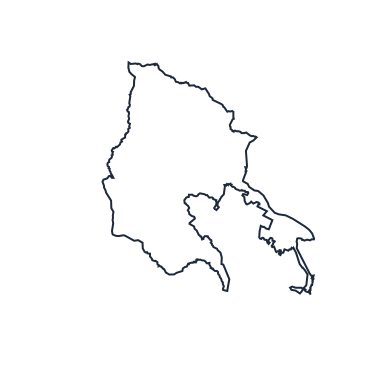 outline of Caloto, Cauca, Colombia, rotated 154°
{"feature_id": "7082276B98035381809124", "entity_name": "Caloto", "entity_type": "district", "adm_level": 2, "iso_a3": "COL", "parent_name": "Colombia", "parent_adm1": "Cauca", "projection": "albers", "projection_center": [-76.384, 3.067], "detail": "fine", "context": "isolated", "style": "outline", "palette": "slate", "viewbox_px": 384, "rotation_deg": 154, "n_neighbors": 0, "source": "geoboundaries", "source_scale": "gbopen_adm2", "svg_char_len": 6090}
<svg xmlns="http://www.w3.org/2000/svg" viewBox="0 0 384 384"><g transform="rotate(154 192 192)"><path d="M133.4,52.9L130.6,50.1L130.3,47.8L130.2,50.0L131.0,51.2L130.5,51.6L129.7,50.6L129.3,51.7L128.6,51.7L128.2,52.5L128.5,52.8L127.8,53.1L127.5,54.4L126.5,54.8L125.4,56.1L124.8,55.8L122.7,58.7L122.9,59.2L121.2,60.4L122.0,60.9L122.4,61.9L121.8,62.4L120.7,62.0L119.3,63.6L121.4,64.2L122.0,67.3L122.5,95.6L120.3,99.1L119.6,101.7L117.9,104.0L116.3,103.7L113.9,102.0L114.1,100.7L113.1,100.3L112.4,99.1L109.4,98.7L107.1,96.8L105.1,97.0L103.2,96.0L102.7,96.6L102.2,102.1L103.2,106.5L105.6,111.5L113.2,123.8L118.0,129.9L123.8,133.9L126.8,137.1L129.2,145.0L128.6,148.8L129.3,157.6L132.1,163.9L135.3,166.1L138.4,171.5L138.4,174.9L141.4,179.2L141.1,180.1L134.1,186.8L134.7,187.1L133.4,189.1L133.2,190.8L132.1,190.0L131.1,191.4L125.5,205.3L118.4,211.2L114.2,211.4L109.9,212.8L110.6,214.0L111.3,214.2L112.4,215.5L113.8,216.0L115.0,217.2L117.2,221.7L119.5,222.1L121.7,223.3L122.1,224.8L123.4,226.1L125.7,227.3L126.4,228.3L127.7,228.6L128.1,228.0L129.0,229.1L128.9,230.2L129.7,231.8L128.8,233.6L129.1,234.2L128.6,235.7L123.5,239.6L122.3,239.5L122.1,241.0L119.7,245.8L120.4,247.2L122.2,247.5L123.9,248.7L125.1,248.7L125.9,254.1L126.5,254.8L126.3,256.5L127.0,258.1L133.0,265.7L132.5,267.2L134.1,270.4L133.8,272.6L134.6,279.3L138.2,280.0L140.2,283.8L142.3,284.8L143.3,286.9L147.8,288.8L147.8,291.8L149.2,292.7L149.2,293.5L152.0,293.6L152.3,294.1L154.1,294.3L154.2,295.1L155.3,295.1L156.4,296.8L158.2,298.2L158.0,300.9L158.8,303.3L160.5,304.2L160.3,305.1L164.6,309.1L165.7,313.2L167.5,316.4L167.7,318.0L167.0,319.7L167.5,322.4L169.8,322.2L170.1,322.8L167.9,323.1L174.5,324.8L176.1,326.1L180.2,326.1L181.9,327.2L182.8,329.9L184.2,331.0L185.0,330.8L186.1,332.1L190.9,333.9L192.2,336.2L194.7,331.6L195.6,327.4L194.7,324.4L192.8,320.3L195.0,317.8L197.7,312.8L203.3,308.6L204.1,306.9L205.4,306.8L205.4,305.2L208.4,300.9L209.5,299.2L209.6,297.6L210.8,296.1L211.8,296.2L213.7,294.4L214.4,294.3L214.5,292.5L213.7,291.8L214.0,290.4L215.9,288.0L216.4,285.3L218.6,283.5L218.9,282.0L217.8,280.6L219.7,278.5L219.8,276.9L221.5,276.8L222.7,274.2L224.3,273.5L225.3,273.7L226.1,272.8L226.8,273.0L228.3,270.3L232.5,270.0L232.9,269.4L232.8,268.0L234.4,268.0L236.0,266.3L239.9,265.2L240.4,266.0L242.6,265.2L243.4,266.0L245.9,264.6L246.1,263.4L245.4,262.7L246.6,261.6L246.9,260.2L248.1,260.2L248.3,259.1L249.5,257.9L252.0,257.4L252.8,256.5L253.3,255.2L254.8,255.2L255.9,254.0L256.4,252.4L255.6,250.8L256.5,250.1L255.8,248.9L256.6,248.0L256.5,245.5L256.9,243.9L256.5,242.7L256.5,239.2L257.8,239.9L258.3,242.2L259.6,242.7L262.3,241.4L266.1,241.9L267.9,240.5L268.4,236.1L269.1,234.5L269.0,231.3L269.5,229.2L268.5,219.7L271.6,212.8L271.3,208.6L273.4,205.7L274.5,203.1L275.5,202.0L276.6,198.3L280.9,192.2L281.8,189.5L281.7,188.3L279.4,185.8L277.4,184.6L272.7,183.2L271.4,182.2L265.3,173.5L261.5,172.3L258.7,168.1L261.0,162.8L260.8,159.0L260.1,157.9L258.8,157.6L258.9,156.3L256.8,155.0L258.0,152.5L257.3,149.5L257.6,148.2L255.6,146.1L255.0,146.1L253.9,144.2L254.7,142.1L254.1,141.0L254.6,140.0L253.5,140.1L253.1,139.0L252.2,138.3L252.3,137.6L251.8,137.0L251.5,135.2L250.8,134.8L250.8,131.1L248.6,127.8L244.4,125.8L241.0,126.1L235.3,125.2L233.7,127.3L231.1,127.7L229.4,127.2L227.4,128.9L226.6,128.5L226.4,129.2L222.9,128.6L222.3,128.0L220.8,128.5L220.6,127.8L219.3,128.0L219.2,127.2L218.4,127.7L217.7,129.3L217.2,129.3L216.4,129.0L216.4,128.4L214.1,127.5L213.0,126.2L211.2,125.1L210.4,123.7L210.0,121.4L207.4,120.6L208.2,119.4L208.0,116.4L208.5,115.6L207.7,115.2L207.9,114.6L207.5,114.0L206.7,113.8L206.9,112.7L205.8,110.8L204.4,110.3L203.7,108.9L204.4,106.9L203.9,105.2L204.2,103.3L203.9,100.9L204.3,98.7L203.9,97.1L204.6,96.0L204.7,93.3L206.8,91.2L206.9,90.2L203.7,87.6L196.7,97.3L195.7,113.0L197.1,114.3L193.9,120.2L193.0,125.0L194.4,128.3L194.4,130.0L196.9,133.2L196.7,134.5L197.3,135.8L196.8,136.8L197.4,138.2L196.2,138.9L195.8,140.3L196.9,141.6L196.7,142.5L197.5,144.3L197.2,144.9L197.7,145.1L197.7,145.6L199.9,146.7L201.6,145.9L202.3,144.8L203.8,145.0L203.2,147.9L204.0,148.3L204.1,149.7L204.7,150.3L204.7,155.4L205.8,157.9L205.2,160.1L208.2,164.4L207.7,165.2L201.1,166.8L200.9,167.3L200.9,168.8L202.6,170.4L204.1,173.3L203.5,175.2L203.8,177.4L201.5,178.9L201.6,181.2L202.7,183.6L202.6,184.4L203.5,185.1L202.5,188.0L199.3,189.6L197.0,189.0L196.0,190.9L193.0,189.5L192.1,187.8L190.1,186.3L188.6,186.2L187.4,187.0L185.4,187.3L181.7,184.5L180.8,182.9L179.7,182.6L179.0,179.4L176.3,178.3L175.7,177.1L176.1,176.4L173.8,174.0L174.4,173.6L174.6,171.5L175.4,170.6L175.2,170.2L179.1,167.9L179.0,166.7L177.9,165.1L174.6,166.5L175.2,168.9L173.0,171.5L171.2,172.2L168.1,174.5L164.4,176.0L159.8,182.9L159.8,184.1L158.9,183.8L158.4,182.9L157.3,183.8L156.6,182.5L155.9,183.3L155.3,182.6L153.8,182.6L154.0,181.9L153.4,181.4L154.1,181.1L153.4,178.9L152.5,178.6L151.4,176.8L151.6,176.1L150.9,174.9L149.5,173.7L148.8,172.5L147.0,171.7L146.4,171.9L146.0,171.1L144.0,169.9L144.2,169.1L143.7,168.4L141.8,167.5L141.8,166.5L143.7,165.1L146.9,167.8L148.2,166.9L147.2,164.4L148.6,160.8L148.5,157.2L147.9,156.7L144.8,156.7L143.0,157.4L141.9,154.7L138.3,154.7L136.9,153.4L136.4,152.2L136.8,151.3L137.7,151.8L139.5,150.3L133.1,141.9L138.2,139.7L132.1,131.5L139.3,124.8L141.3,126.5L142.6,129.2L143.5,129.4L145.0,131.4L148.4,127.1L151.0,122.6L151.5,121.5L151.3,120.4L150.3,119.4L149.1,120.0L148.4,119.9L147.9,119.2L147.8,117.4L146.0,116.2L146.4,113.3L145.9,111.7L144.4,112.5L145.1,114.0L144.3,115.2L141.9,116.3L141.3,116.3L140.4,115.4L140.2,114.6L141.0,112.9L139.3,111.6L139.3,111.2L141.5,110.5L142.2,109.4L143.8,108.8L144.2,107.8L143.8,107.2L142.2,106.9L142.7,101.6L142.3,100.9L141.1,101.2L139.8,100.3L138.9,101.4L137.8,100.7L138.0,99.9L140.9,98.5L140.9,97.6L140.2,96.6L137.9,98.2L136.5,97.4L134.0,99.9L131.1,97.0L129.6,97.7L128.4,97.0L126.9,98.2L126.0,96.8L125.3,97.3L125.1,92.0L126.8,80.2L126.0,75.5L125.6,75.4L124.8,72.1L124.3,67.2L130.2,58.0L133.9,56.7L133.3,55.5L134.2,55.9L135.7,58.0L140.6,60.4L143.5,63.1L145.8,63.0L145.5,60.4L142.1,58.0L139.5,53.5L136.9,54.6L134.7,56.2L134.0,55.3L133.4,52.9Z" fill="none" stroke="#1e293b" stroke-width="2"/></g></svg>